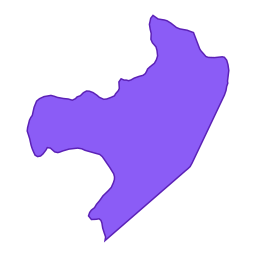 the district of Boa Vista do Gurupi, Maranhão, Brazil
{"feature_id": "56859067B62524536065955", "entity_name": "Boa Vista do Gurupi", "entity_type": "district", "adm_level": 2, "iso_a3": "BRA", "parent_name": "Brazil", "parent_adm1": "Maranhão", "projection": "mercator", "projection_center": [-46.212, -1.769], "detail": "fine", "context": "isolated", "style": "filled", "palette": "violet", "viewbox_px": 256, "rotation_deg": 0, "n_neighbors": 0, "source": "geoboundaries", "source_scale": "gbopen_adm2", "svg_char_len": 1656}
<svg xmlns="http://www.w3.org/2000/svg" viewBox="0 0 256 256"><path d="M105.0,240.6L185.4,170.8L187.8,168.8L190.1,166.6L192.1,163.0L224.4,95.1L226.0,90.5L226.7,86.3L227.8,83.3L227.5,81.1L228.8,70.5L228.0,64.8L226.7,60.2L224.4,57.3L222.3,56.8L214.5,57.6L208.3,57.4L205.9,56.5L200.9,50.8L199.7,48.9L193.5,32.6L187.1,30.2L179.8,28.9L176.4,27.5L171.1,23.3L167.1,20.8L164.4,20.0L158.1,19.0L153.0,15.4L150.7,18.3L150.1,21.3L149.4,24.3L150.2,29.2L151.2,33.5L150.9,39.3L152.4,42.7L156.0,46.9L157.0,50.5L157.6,55.9L156.4,59.7L154.4,63.3L150.1,66.7L147.6,69.0L146.6,71.3L145.3,73.6L143.1,75.3L139.0,76.4L134.2,78.1L130.9,80.0L128.6,80.7L126.4,80.1L124.1,80.1L121.1,78.8L118.9,81.9L119.3,88.4L118.4,90.5L115.5,93.9L114.5,95.8L111.0,97.4L106.7,99.0L103.7,99.3L99.3,97.3L96.9,95.2L93.1,92.6L89.4,91.2L86.5,91.0L83.4,92.7L80.4,95.7L77.1,96.9L75.4,98.7L72.3,100.2L68.3,99.0L63.4,98.5L57.4,97.4L54.3,96.3L50.9,95.4L44.0,96.6L39.5,98.7L36.6,101.1L34.1,107.3L33.0,112.2L32.3,115.4L30.8,117.5L29.5,120.1L27.6,127.6L27.2,131.0L28.4,134.7L29.7,138.8L31.0,144.8L31.6,146.9L32.4,149.2L33.7,152.2L35.1,155.2L37.6,156.6L40.6,156.0L43.0,153.9L45.9,150.1L47.3,147.6L50.4,148.1L54.7,151.9L57.8,152.6L60.0,152.0L62.9,150.9L69.0,149.1L74.2,148.5L77.7,148.1L81.8,148.8L85.0,150.3L88.2,151.2L92.1,152.3L96.3,153.5L99.7,154.4L102.3,156.6L104.2,159.3L106.9,163.3L109.7,167.3L113.7,173.8L114.5,176.9L114.4,179.5L113.4,182.7L111.3,187.4L108.0,191.0L103.0,195.8L99.5,200.8L96.5,204.3L94.5,207.7L91.4,210.1L89.7,212.4L88.5,215.9L91.4,219.5L96.1,219.3L99.1,218.8L100.9,220.3L101.9,223.0L102.7,228.1L104.2,232.8L105.6,237.0L105.0,240.6Z" fill="#8b5cf6" stroke="#5b21b6" stroke-width="1.5"/></svg>